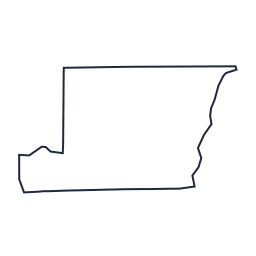 the district of Obion, Tennessee, United States of America, rotated 178°
{"feature_id": "52423323B36027695230289", "entity_name": "Obion", "entity_type": "district", "adm_level": 2, "iso_a3": "USA", "parent_name": "United States of America", "parent_adm1": "Tennessee", "projection": "mercator", "projection_center": [-89.125, 36.354], "detail": "fine", "context": "isolated", "style": "outline", "palette": "slate", "viewbox_px": 256, "rotation_deg": 178, "n_neighbors": 0, "source": "geoboundaries", "source_scale": "gbopen_adm2", "svg_char_len": 687}
<svg xmlns="http://www.w3.org/2000/svg" viewBox="0 0 256 256"><g transform="rotate(178 128 128)"><path d="M190.5,181.8L193.4,113.9L194.1,105.1L206.3,107.2L210.9,111.9L214.9,112.3L227.8,104.0L237.7,105.0L238.5,80.5L234.2,67.3L231.7,67.3L218.6,67.5L215.3,67.8L210.4,67.6L189.0,67.6L177.3,67.4L175.1,67.4L173.9,67.4L165.9,67.3L158.0,67.2L153.6,67.2L147.7,67.1L138.7,67.0L137.9,67.0L123.6,66.7L107.8,66.2L85.5,65.8L84.4,65.7L78.5,65.6L63.5,67.2L65.3,78.3L58.9,86.3L55.8,95.4L58.8,105.6L52.1,118.8L44.4,129.0L45.5,137.3L44.3,144.7L40.4,153.4L36.2,166.9L31.0,176.6L28.1,179.6L17.5,182.5L18.4,185.9L126.5,189.2L190.1,190.4L190.5,181.8Z" fill="none" stroke="#1e293b" stroke-width="2"/></g></svg>